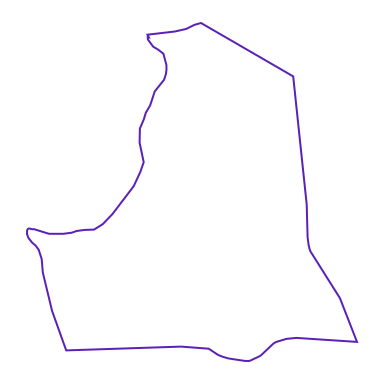 Al Isma`iliyah, orthographic projection
{"feature_id": "EGY-1531", "entity_name": "Al Isma`iliyah", "entity_type": "Governorate", "adm_level": 1, "iso_a3": "EGY", "parent_name": "Egypt", "parent_adm1": "", "projection": "orthographic", "projection_center": [32.173, 30.661], "detail": "fine", "context": "isolated", "style": "outline", "palette": "violet", "viewbox_px": 384, "rotation_deg": 0, "n_neighbors": 0, "source": "natural_earth", "source_scale": "10m", "svg_char_len": 950}
<svg xmlns="http://www.w3.org/2000/svg" viewBox="0 0 384 384"><path d="M147.7,37.3L148.9,37.5L147.5,34.7L174.9,31.5L186.3,28.9L194.3,24.9L201.0,23.0L293.2,76.4L306.7,204.5L307.6,237.3L308.6,244.9L309.8,249.8L310.4,251.3L339.9,298.1L357.0,341.9L296.3,337.9L286.3,338.9L276.1,342.0L273.6,343.4L261.0,355.3L259.6,356.2L250.3,360.6L248.7,361.0L244.7,360.9L228.2,358.4L222.5,356.7L218.0,354.9L208.7,348.7L181.1,346.6L66.2,350.4L52.1,311.0L42.8,272.5L41.7,259.1L38.7,249.8L35.6,245.6L32.1,242.6L28.5,238.0L27.0,234.1L27.1,230.3L27.9,229.0L28.7,228.5L30.1,228.7L32.1,229.2L32.7,229.3L33.8,229.1L48.4,233.6L49.4,233.8L63.2,233.8L71.8,232.7L76.6,231.0L84.8,229.9L94.0,229.6L102.7,224.2L112.5,214.0L133.7,186.2L140.4,171.8L143.7,162.2L139.6,142.7L139.9,128.5L143.8,119.4L145.8,112.8L150.2,105.3L154.7,91.5L164.1,79.7L166.0,73.8L166.5,69.2L166.4,64.9L163.4,53.7L157.9,49.5L153.2,46.7L147.9,39.5L147.7,37.3Z" fill="none" stroke="#5b21b6" stroke-width="2"/></svg>